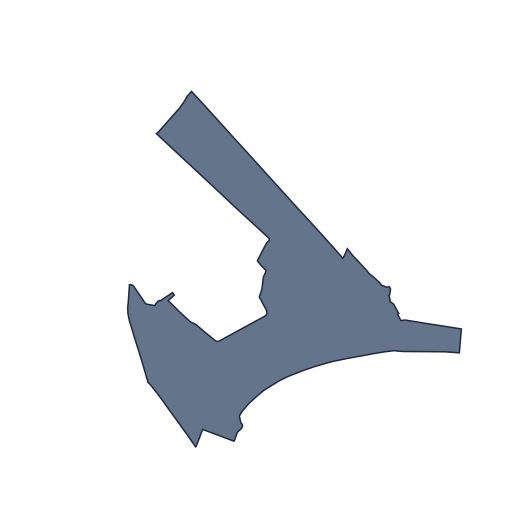 Thanh Khe, Đà Nẵng, Vietnam, rotated 154°
{"feature_id": "81297802B31644345342604", "entity_name": "Thanh Khe", "entity_type": "district", "adm_level": 2, "iso_a3": "VNM", "parent_name": "Vietnam", "parent_adm1": "Đà Nẵng", "projection": "robinson", "projection_center": [108.193, 16.056], "detail": "fine", "context": "isolated", "style": "filled", "palette": "slate", "viewbox_px": 512, "rotation_deg": 154, "n_neighbors": 0, "source": "geoboundaries", "source_scale": "gbopen_adm2", "svg_char_len": 2471}
<svg xmlns="http://www.w3.org/2000/svg" viewBox="0 0 512 512"><g transform="rotate(154 256 256)"><path d="M241.8,432.2L245.5,430.6L247.3,430.0L253.3,426.0L259.6,422.6L260.6,422.1L269.3,418.6L289.2,410.3L291.9,409.7L284.7,390.9L264.0,337.1L253.0,308.1L237.6,268.9L236.5,266.0L237.2,264.2L239.0,263.7L241.9,262.3L256.8,251.2L256.5,249.2L255.1,243.7L253.8,240.2L253.3,238.3L258.8,233.6L265.2,223.6L271.0,217.8L270.4,201.6L271.4,199.3L272.3,198.6L273.5,198.1L294.3,197.2L326.6,195.7L327.9,195.9L329.4,197.1L335.3,209.9L340.0,220.7L341.4,222.5L343.5,225.1L344.0,225.9L349.4,239.9L349.8,241.2L354.5,254.5L346.6,256.6L347.0,259.8L349.1,259.4L359.7,258.0L361.2,257.4L361.5,257.9L361.9,258.2L362.4,258.4L362.8,258.4L363.3,258.2L363.9,258.3L366.9,257.1L368.2,256.0L369.1,256.1L374.2,259.8L375.4,260.7L376.0,261.5L376.1,261.8L376.4,262.8L376.7,265.1L377.1,268.3L378.9,280.2L379.0,281.4L379.2,282.5L379.6,283.6L380.4,284.6L381.0,285.1L382.3,285.7L391.4,269.9L393.7,266.4L396.3,260.5L398.1,253.7L399.7,243.6L400.9,236.8L402.3,227.1L402.9,223.2L404.7,211.7L408.3,190.5L408.6,189.8L408.2,189.0L407.0,185.3L406.3,181.6L405.2,176.9L403.8,169.3L403.2,165.9L401.4,155.2L401.3,154.8L398.6,139.4L397.3,131.9L393.9,110.9L393.3,111.1L388.2,115.8L380.0,123.5L357.0,99.2L356.0,99.8L350.2,105.6L345.0,107.3L342.9,108.6L342.1,110.7L342.7,112.8L342.0,115.9L341.1,119.4L339.1,120.9L336.3,122.5L334.8,123.2L327.6,126.3L317.9,129.3L307.7,131.8L290.6,133.6L280.4,133.7L264.8,132.5L251.5,130.9L233.7,127.7L225.6,125.6L220.0,124.2L194.1,117.0L182.1,113.4L175.5,111.1L173.4,110.4L169.3,107.8L164.9,105.3L155.0,100.4L128.4,87.2L115.7,79.8L103.4,100.4L114.5,108.2L131.5,120.0L149.9,133.0L154.1,134.5L154.2,141.7L152.9,141.8L153.4,152.3L153.5,152.6L153.6,153.0L153.9,153.4L154.2,153.9L154.5,154.6L154.8,155.2L155.1,155.6L155.4,155.9L155.5,156.3L155.5,156.6L155.4,156.8L155.1,157.1L154.8,157.7L154.6,158.2L154.4,158.7L154.2,159.6L154.2,162.1L154.2,162.3L153.1,162.3L152.5,163.2L149.5,167.4L149.6,170.0L151.5,170.4L152.3,170.8L156.0,174.7L156.2,176.1L156.4,177.3L156.7,178.3L157.2,179.4L157.5,180.3L158.0,181.4L158.4,182.7L159.0,184.1L159.5,185.3L160.0,186.4L160.4,187.2L160.5,187.6L160.8,188.2L162.1,190.9L162.7,193.9L167.6,210.2L168.4,212.1L170.7,222.5L174.4,219.3L177.8,216.6L179.2,215.9L179.4,217.6L182.4,228.8L188.3,249.2L193.6,267.5L197.5,280.2L204.4,304.1L211.0,326.7L218.8,353.9L220.3,358.8L224.1,371.7L229.9,391.9L236.3,414.0L241.8,432.2Z" fill="#64748b" stroke="#1e293b" stroke-width="1.5"/></g></svg>